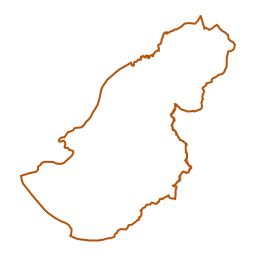 Nonghed, Xiangkhoang, Laos (Robinson projection)
{"feature_id": "54806243B9713261683611", "entity_name": "Nonghed", "entity_type": "district", "adm_level": 2, "iso_a3": "LAO", "parent_name": "Laos", "parent_adm1": "Xiangkhoang", "projection": "robinson", "projection_center": [104.045, 19.614], "detail": "fine", "context": "isolated", "style": "outline", "palette": "amber", "viewbox_px": 256, "rotation_deg": 0, "n_neighbors": 0, "source": "geoboundaries", "source_scale": "gbopen_adm2", "svg_char_len": 5855}
<svg xmlns="http://www.w3.org/2000/svg" viewBox="0 0 256 256"><path d="M130.9,62.7L125.5,66.0L119.7,69.2L115.5,72.6L107.3,79.7L102.4,86.9L101.2,90.0L100.1,95.6L97.8,104.5L94.4,110.2L93.4,111.3L91.0,116.5L88.5,119.7L86.8,121.1L85.6,122.4L84.9,123.8L83.1,125.9L81.4,127.3L78.5,127.7L77.0,127.7L74.6,128.2L73.4,130.1L72.0,130.8L67.7,132.3L67.0,133.6L66.3,134.4L65.6,135.7L64.4,137.3L63.1,137.2L61.5,137.6L59.6,138.9L59.1,139.9L59.0,140.6L59.5,141.7L60.9,141.6L62.0,141.1L63.7,140.7L64.9,142.0L65.3,143.5L65.3,144.8L64.5,146.8L64.8,147.7L67.8,148.0L68.8,148.9L69.4,150.0L70.9,150.2L73.2,151.2L73.4,152.3L73.1,153.5L71.6,156.0L64.7,162.2L62.8,163.4L60.7,163.8L58.9,163.8L56.6,163.6L53.5,162.2L52.2,161.9L44.4,161.8L41.8,163.0L40.7,164.8L38.7,166.2L38.1,166.9L38.1,169.5L36.3,171.7L29.0,173.3L21.1,175.8L21.7,179.8L22.9,183.5L32.3,195.3L44.2,209.4L48.5,213.3L55.6,218.3L62.0,221.7L65.5,222.9L68.8,225.0L69.8,226.6L70.3,227.6L71.5,228.8L71.5,231.4L71.0,234.5L70.3,235.7L73.1,237.2L77.7,239.0L81.4,239.5L89.6,240.5L93.9,240.4L95.8,240.6L97.9,240.5L103.5,239.6L105.9,238.8L112.8,237.5L114.5,236.8L114.5,235.5L115.0,234.2L115.7,233.4L116.8,233.0L117.8,231.0L118.8,230.2L120.2,229.3L120.8,229.2L122.3,229.1L125.0,229.5L125.8,229.5L126.6,229.0L126.9,228.2L127.7,227.5L128.6,225.2L132.1,224.5L136.1,221.5L137.4,220.2L138.9,219.7L139.1,219.2L139.0,217.5L139.2,217.3L140.3,216.9L141.2,215.5L141.2,214.5L141.6,213.5L141.3,211.6L140.6,211.0L140.5,210.6L140.8,210.2L141.9,209.7L142.3,208.7L143.3,207.8L144.4,207.6L145.2,207.1L146.3,205.0L148.8,204.5L150.0,204.6L150.7,203.9L151.4,202.8L151.8,202.5L155.0,203.7L156.8,203.8L157.3,203.4L157.6,202.1L158.6,202.0L159.0,201.7L159.9,199.0L160.4,198.8L162.6,199.1L163.5,198.0L166.9,196.5L168.4,195.4L168.8,195.7L169.1,196.9L169.9,198.0L172.6,198.7L173.9,198.4L175.1,198.9L175.1,198.0L175.5,196.8L175.4,195.6L175.7,194.8L175.5,194.3L175.7,193.5L175.5,192.8L175.5,191.9L176.0,188.9L176.5,187.8L176.6,187.2L176.4,186.5L174.0,186.4L173.1,185.6L174.7,185.0L175.6,184.0L176.2,183.7L176.7,182.9L176.8,182.3L177.8,181.9L178.4,180.7L179.7,180.7L179.5,180.0L179.5,179.6L179.8,179.5L179.4,179.2L179.4,178.8L179.6,178.7L179.6,177.7L180.1,177.5L179.4,176.6L179.7,176.3L179.6,175.9L180.3,175.5L180.4,175.0L181.0,174.4L181.2,173.9L181.5,173.7L181.7,172.7L182.2,172.6L182.4,172.2L183.0,172.1L183.6,171.5L186.5,173.0L186.9,172.4L187.7,172.6L188.8,171.9L189.1,171.0L189.6,170.2L189.3,169.5L189.5,169.0L190.8,168.6L191.4,167.9L191.1,167.3L190.1,166.6L190.2,166.3L189.8,166.4L189.7,166.1L189.3,165.9L189.3,165.5L188.9,165.5L188.4,164.8L188.2,164.8L188.1,163.8L187.6,163.6L187.6,163.0L187.2,162.8L187.2,162.4L186.8,162.8L186.4,162.5L186.4,162.3L185.6,160.7L185.2,160.3L186.4,159.6L186.2,159.4L186.4,159.0L186.3,158.7L186.5,158.2L186.8,158.3L187.1,157.0L186.9,155.3L187.1,154.2L186.9,153.9L187.0,153.6L186.3,152.9L186.5,152.8L186.4,152.3L186.1,152.5L185.9,152.2L186.0,151.2L185.6,149.3L185.8,148.8L185.7,147.2L185.8,145.9L185.7,145.3L186.5,145.2L186.7,144.9L186.6,144.4L186.1,143.5L185.8,143.5L184.8,142.5L183.7,141.9L183.3,141.2L180.4,140.0L180.0,140.1L179.3,138.2L178.8,137.9L177.2,134.9L176.8,134.7L176.8,134.3L176.5,134.4L176.6,134.0L175.7,133.0L176.0,132.5L175.7,131.4L174.9,130.9L174.2,130.0L173.9,130.1L173.8,129.7L173.4,129.6L173.1,129.2L172.8,129.4L172.8,129.1L172.5,128.9L172.7,128.3L172.5,127.7L172.7,127.3L172.1,126.5L172.1,125.9L171.8,125.5L172.2,125.3L172.0,124.8L172.3,124.6L172.3,124.0L172.5,123.6L172.7,123.3L173.0,122.9L173.0,122.6L173.2,121.7L174.0,121.2L173.9,120.8L174.3,120.9L174.6,120.2L174.2,120.0L174.4,119.6L173.8,117.8L173.3,117.5L173.0,117.7L172.7,117.2L171.8,116.8L171.7,116.3L171.3,116.1L170.9,114.6L171.4,114.5L171.5,114.2L172.2,113.8L172.1,113.1L172.9,112.7L172.9,112.2L173.4,112.4L173.5,111.7L174.5,110.6L174.1,110.3L174.5,110.1L174.3,109.8L174.8,109.8L174.7,109.0L175.2,108.5L175.5,107.5L175.3,107.1L175.6,107.0L175.7,106.2L175.9,106.1L175.2,105.6L175.4,104.9L175.1,104.6L175.0,104.1L176.6,104.6L177.5,106.1L178.6,106.6L179.6,108.1L181.4,109.3L181.7,109.7L184.0,110.1L187.1,111.5L188.6,111.3L190.0,111.5L192.3,111.0L193.0,110.7L194.2,111.5L196.6,110.8L198.2,109.9L200.0,109.6L201.3,108.5L201.9,107.5L202.0,107.0L201.4,102.6L202.0,101.4L202.4,99.6L203.0,98.9L202.3,97.4L202.3,96.9L202.7,95.2L203.3,93.8L203.5,92.7L203.9,92.2L204.2,91.0L203.9,90.4L203.2,89.8L202.8,89.0L202.6,88.2L202.8,87.8L206.1,85.2L206.6,84.5L206.6,83.9L206.4,83.4L211.7,81.9L211.7,80.0L212.7,78.3L214.2,77.8L216.4,76.6L218.4,74.9L222.2,74.0L224.4,71.8L225.1,69.4L226.4,67.7L226.7,64.6L226.8,57.6L228.2,51.6L231.6,50.8L233.3,49.6L234.3,47.7L234.9,44.6L233.0,42.1L230.2,40.7L228.5,38.7L228.1,35.1L225.0,32.4L222.3,31.0L219.8,28.8L218.5,26.6L216.9,24.9L214.2,26.6L212.9,27.8L210.0,29.6L209.1,29.8L208.1,28.9L207.3,28.7L206.3,28.0L205.6,27.8L204.5,28.6L200.5,15.4L200.1,17.6L198.7,18.9L198.1,20.6L195.2,23.6L193.8,23.7L192.1,23.3L188.2,23.1L184.5,23.7L181.4,26.6L176.1,29.6L174.8,29.4L172.9,30.8L170.9,31.3L169.8,31.8L169.2,32.6L167.6,32.8L166.7,32.2L166.5,32.4L166.5,33.1L166.0,32.6L165.2,32.5L165.0,33.1L164.2,33.2L163.4,34.7L163.4,35.2L163.0,35.5L162.6,36.8L162.8,37.6L162.3,38.2L161.5,39.9L161.5,41.6L160.9,42.6L160.7,43.7L160.1,44.2L158.7,44.5L158.2,45.3L158.3,46.2L158.9,48.3L158.6,49.0L159.0,50.6L158.8,50.7L157.5,50.5L155.2,51.9L154.5,53.4L153.6,53.6L153.3,53.9L153.2,55.3L153.3,56.0L153.7,56.0L153.0,56.2L152.1,55.3L150.9,55.2L150.6,55.6L150.5,56.0L149.7,56.2L149.6,57.1L149.1,57.5L148.9,58.1L148.5,58.2L148.0,57.8L148.6,56.6L148.4,56.0L147.2,55.7L145.8,55.7L145.8,56.0L146.3,56.2L146.3,56.5L145.4,57.5L144.8,57.0L144.0,56.8L142.9,55.8L142.0,57.0L141.5,57.1L141.0,56.8L140.9,56.9L140.8,57.6L141.3,58.1L141.0,59.6L140.0,59.9L139.1,59.4L138.4,59.5L138.2,59.8L137.4,60.6L137.1,61.2L136.1,61.9L135.0,61.8L134.3,62.3L134.0,62.8L133.8,64.0L133.9,65.3L132.8,65.8L132.1,65.5L131.8,65.0L130.9,62.7Z" fill="none" stroke="#b45309" stroke-width="2"/></svg>